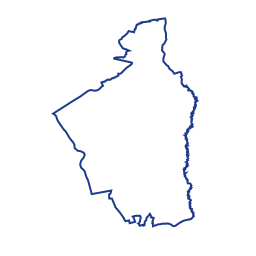 Cetariu, Bihor, Romania, rotated 262°
{"feature_id": "2599482B19463372826747", "entity_name": "Cetariu", "entity_type": "district", "adm_level": 2, "iso_a3": "ROU", "parent_name": "Romania", "parent_adm1": "Bihor", "projection": "mercator", "projection_center": [22.043, 47.156], "detail": "fine", "context": "isolated", "style": "outline", "palette": "blue", "viewbox_px": 256, "rotation_deg": 262, "n_neighbors": 0, "source": "geoboundaries", "source_scale": "gbopen_adm2", "svg_char_len": 5880}
<svg xmlns="http://www.w3.org/2000/svg" viewBox="0 0 256 256"><g transform="rotate(262 128 128)"><path d="M231.4,179.9L231.4,172.6L231.0,172.1L230.4,172.2L230.5,171.1L231.3,170.6L231.6,168.9L231.1,164.2L230.5,164.4L230.8,156.2L230.2,156.3L230.1,154.2L229.7,154.3L229.6,153.0L229.2,152.6L229.1,151.1L225.0,149.2L225.2,148.7L222.0,147.3L222.7,146.1L222.7,145.0L223.9,142.2L222.7,141.0L222.0,140.7L219.6,137.2L218.8,135.3L217.0,133.9L216.8,132.9L216.1,131.6L214.6,131.1L213.0,131.4L207.9,133.8L206.7,135.6L206.1,137.3L204.4,139.9L204.3,138.5L204.0,137.4L203.1,136.7L201.4,136.7L201.1,135.8L199.3,135.0L198.4,133.4L198.9,132.4L199.5,125.9L199.2,124.1L198.6,124.0L192.4,140.4L192.0,141.1L190.7,140.5L187.7,134.8L183.1,128.7L182.8,127.5L183.1,125.9L181.1,125.7L180.6,123.7L180.0,122.7L179.9,121.2L179.3,120.5L179.6,119.8L179.6,119.3L178.6,118.0L178.3,116.7L178.2,116.3L178.6,115.7L178.5,115.4L178.7,114.5L178.3,114.0L178.2,113.0L177.8,112.7L177.8,112.2L177.3,111.7L177.0,110.4L177.2,110.0L176.8,108.0L173.2,109.1L173.0,108.2L170.4,104.9L169.7,103.0L169.4,101.0L170.8,96.2L170.3,93.6L165.8,85.1L162.2,76.7L152.6,55.8L151.6,57.1L150.4,58.1L149.4,58.6L146.8,58.9L143.7,60.0L135.7,64.0L133.0,66.0L126.1,68.8L121.1,71.8L119.0,72.6L115.5,72.4L112.5,75.0L111.7,77.6L110.3,79.9L109.6,80.7L107.6,81.5L104.5,79.7L102.8,77.7L101.6,76.8L99.3,75.8L97.4,75.6L95.2,76.1L92.5,78.3L91.0,79.1L85.9,79.8L81.5,81.2L67.6,82.9L68.4,102.7L65.7,101.6L65.3,101.2L65.0,100.1L60.8,99.6L60.3,102.3L51.2,104.6L45.6,108.1L39.6,111.2L37.5,111.8L36.1,112.6L36.3,116.2L33.5,116.4L34.1,122.0L37.7,121.3L39.6,120.4L39.9,122.3L39.9,124.3L39.4,126.8L39.5,127.5L37.8,128.2L33.3,126.6L32.7,125.8L32.0,125.4L31.9,125.0L31.5,125.4L29.6,126.0L30.1,129.2L29.2,129.5L29.4,130.0L29.4,130.8L33.1,131.7L34.1,133.2L36.6,134.0L37.6,135.4L39.9,137.7L36.9,138.8L36.3,138.4L35.4,140.9L31.6,139.1L30.5,138.9L30.5,139.4L27.2,139.1L28.3,144.2L28.3,147.3L28.5,148.6L28.2,149.8L28.3,150.9L27.9,151.9L28.0,154.0L27.1,156.0L26.2,157.4L24.8,158.7L24.4,159.7L24.5,161.0L25.0,162.2L27.2,166.5L27.3,167.5L28.0,168.7L28.5,170.4L29.1,177.8L31.6,180.9L32.3,180.5L32.6,180.8L33.4,180.5L33.9,180.9L34.3,180.5L35.2,181.0L36.0,180.3L36.0,179.9L36.6,180.0L36.8,179.4L37.1,179.2L38.8,180.1L39.0,179.7L38.7,179.4L38.9,179.0L40.0,178.2L41.1,178.8L41.3,178.3L42.1,178.8L43.0,178.2L43.8,179.1L44.7,179.3L45.0,178.5L45.7,178.5L45.8,179.2L46.8,179.2L47.6,180.2L48.0,180.2L49.2,179.0L49.7,177.8L50.1,177.7L50.5,178.1L50.8,178.9L51.7,179.4L52.8,178.4L52.6,177.9L53.2,177.7L53.7,178.6L54.2,178.3L55.4,178.8L55.8,178.4L56.5,178.4L56.3,178.9L56.6,179.0L56.5,179.5L56.9,179.4L57.1,179.9L57.7,179.7L58.7,180.3L58.8,181.5L59.2,181.9L59.6,181.8L59.9,182.2L60.1,181.5L60.4,181.5L60.9,182.0L62.1,182.4L62.3,182.8L64.1,182.1L64.7,181.0L64.9,179.5L67.1,179.3L67.8,179.9L68.7,179.7L69.0,179.5L69.1,178.8L69.5,178.7L69.6,179.0L70.4,178.8L71.2,178.1L71.8,178.1L72.2,177.6L72.7,178.0L73.3,177.6L73.9,178.1L75.0,178.2L75.3,178.6L75.2,177.7L75.7,178.0L76.1,177.4L78.0,177.6L78.4,178.1L79.0,177.7L79.1,178.3L79.5,178.0L79.6,178.4L80.4,178.4L80.4,178.7L80.0,179.1L80.1,179.3L81.6,180.0L81.9,180.6L81.5,180.9L81.8,181.3L82.0,181.0L82.5,180.9L82.7,181.5L83.1,180.9L83.6,180.9L83.8,181.1L83.7,181.4L83.2,181.7L84.0,182.0L84.0,181.5L84.6,181.3L85.1,181.7L85.8,181.5L86.1,181.0L86.2,181.4L86.8,181.6L87.0,182.1L87.7,182.9L88.6,182.2L89.4,183.3L91.0,182.9L91.4,183.2L92.1,182.7L92.6,183.8L93.3,182.7L93.6,182.6L94.0,183.3L95.1,183.1L95.1,183.9L96.2,183.1L96.8,183.3L96.4,183.7L96.5,184.1L97.1,183.9L97.5,184.1L98.2,183.6L98.4,184.2L98.7,184.2L99.4,184.1L99.5,183.4L99.9,183.3L100.3,182.7L101.4,182.6L101.4,183.2L102.6,182.8L103.2,183.4L102.4,184.6L102.4,184.9L103.0,184.6L103.2,184.2L103.9,184.6L103.9,184.2L104.2,184.2L104.7,184.9L105.6,185.0L106.6,184.4L108.4,185.0L108.6,184.3L109.1,184.3L109.3,183.6L109.8,183.7L109.5,184.2L110.4,184.6L110.7,184.5L110.7,184.0L111.4,183.8L111.9,184.1L112.7,183.3L112.7,184.3L113.3,184.7L114.7,184.2L114.7,184.8L114.3,185.4L115.5,185.9L115.6,186.7L116.1,186.9L116.8,186.0L117.1,186.0L117.0,186.7L117.0,187.5L117.5,187.5L117.7,187.0L118.2,186.9L118.4,187.3L118.2,187.5L119.0,187.8L119.1,189.4L119.9,189.1L120.6,189.6L120.2,189.8L120.7,190.4L120.2,190.5L119.9,191.6L120.2,192.0L120.5,191.6L120.8,191.8L121.1,191.0L121.6,191.1L122.1,191.9L122.7,191.7L122.9,192.2L123.6,191.6L125.5,191.7L125.9,192.0L126.2,191.8L127.1,192.5L127.9,192.0L128.5,192.8L129.9,191.8L130.0,192.6L130.6,193.2L130.8,192.6L131.4,192.8L131.2,193.0L131.4,193.3L131.6,192.9L132.6,192.7L133.0,193.7L133.5,192.9L133.9,193.2L133.7,193.6L133.8,194.4L134.5,193.6L134.7,193.9L134.5,194.4L135.0,194.4L135.1,194.6L134.9,194.9L135.1,195.1L135.9,195.0L136.3,195.7L137.1,196.2L137.6,196.1L138.1,196.7L138.6,196.0L139.1,196.1L139.3,196.5L138.9,196.9L139.6,197.0L139.5,197.7L139.8,197.9L139.9,197.4L140.3,197.1L140.7,197.4L140.9,198.2L141.5,198.4L141.8,197.6L143.3,198.2L144.0,198.0L144.5,199.1L144.9,199.0L144.7,199.3L145.2,200.2L145.7,199.1L146.2,199.0L146.5,199.3L146.4,199.6L146.1,199.9L146.9,200.0L146.7,199.7L146.9,199.3L147.6,198.7L147.9,199.0L147.6,199.3L148.7,199.7L148.6,199.0L149.1,198.6L148.9,198.3L149.5,198.3L149.5,198.0L150.2,197.4L151.3,197.6L152.3,197.1L152.0,197.6L153.0,197.6L154.2,196.8L154.8,196.9L155.9,196.1L156.2,195.1L156.7,194.6L156.6,193.5L156.9,193.1L157.4,193.9L157.9,193.5L158.1,193.9L160.6,192.4L160.5,191.8L161.3,191.7L160.8,191.2L161.5,190.5L161.2,190.1L161.2,189.8L161.5,189.8L161.4,189.3L161.8,188.9L162.3,189.0L162.8,188.4L163.4,188.3L163.9,187.7L165.5,187.4L168.9,188.1L171.3,187.5L171.5,188.1L172.3,188.7L173.6,188.6L173.8,188.3L175.7,188.4L176.2,186.6L175.3,181.4L178.1,180.1L179.6,178.4L181.5,177.0L183.7,176.4L185.0,174.9L189.1,172.3L192.3,172.8L195.8,174.6L197.3,174.3L199.9,172.5L205.2,173.7L206.3,175.4L210.2,178.3L212.7,178.2L216.2,178.8L220.9,178.0L223.7,178.7L226.6,180.0L230.2,180.2L231.4,179.9Z" fill="none" stroke="#1e3a8a" stroke-width="2"/></g></svg>